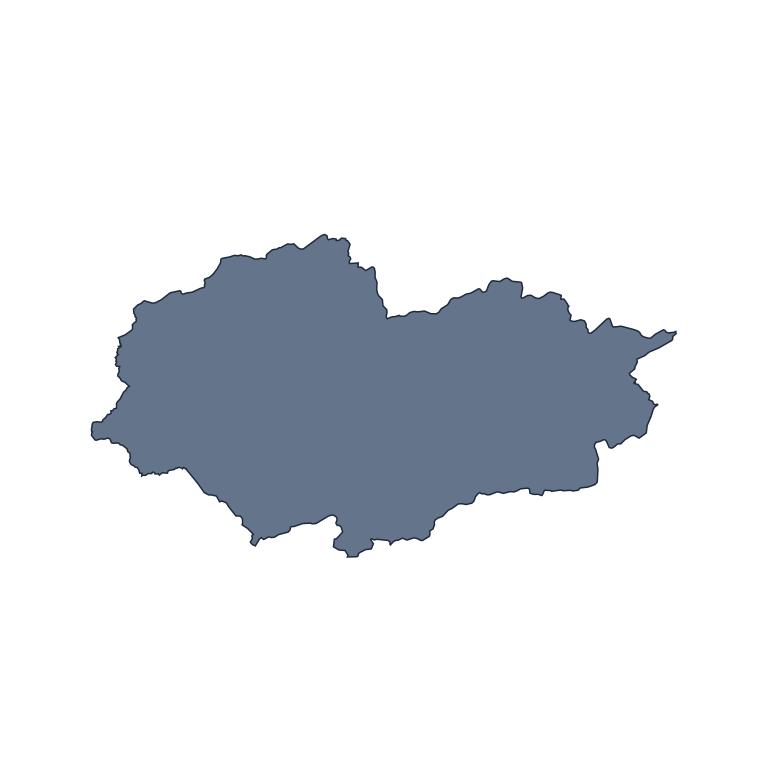 Sa Thay, Kon Tum, Vietnam (Robinson projection), rotated 239°
{"feature_id": "81297802B78907971348627", "entity_name": "Sa Thay", "entity_type": "district", "adm_level": 2, "iso_a3": "VNM", "parent_name": "Vietnam", "parent_adm1": "Kon Tum", "projection": "robinson", "projection_center": [107.651, 14.266], "detail": "fine", "context": "isolated", "style": "filled", "palette": "slate", "viewbox_px": 768, "rotation_deg": 239, "n_neighbors": 0, "source": "geoboundaries", "source_scale": "gbopen_adm2", "svg_char_len": 6171}
<svg xmlns="http://www.w3.org/2000/svg" viewBox="0 0 768 768"><g transform="rotate(239 384 384)"><path d="M551.5,376.3L553.7,373.5L554.0,365.6L554.8,364.4L554.8,361.5L556.3,358.3L556.5,356.7L555.5,350.5L554.9,349.4L552.5,348.0L552.2,347.0L555.1,343.4L555.8,340.9L557.6,337.6L562.4,334.3L565.8,330.6L566.2,329.2L568.4,327.9L569.0,325.1L571.3,322.0L572.5,316.9L575.0,310.2L575.0,308.6L571.9,306.1L568.6,300.3L566.2,294.2L565.3,289.2L566.3,284.3L565.2,283.2L562.6,282.8L561.7,281.3L559.9,280.4L559.5,279.2L560.5,276.2L561.5,266.8L563.7,261.7L564.5,257.8L566.4,257.0L568.2,257.6L569.1,257.1L572.3,247.7L570.9,236.6L571.4,229.8L572.6,227.1L578.7,221.5L578.8,220.0L578.1,217.3L578.6,213.7L577.2,207.9L573.3,206.0L571.3,206.1L569.9,205.3L568.1,205.9L567.1,204.7L565.5,204.2L564.5,198.9L560.9,197.0L560.2,196.0L559.4,187.6L560.6,180.0L558.4,180.2L555.3,178.7L554.4,179.1L553.1,177.8L552.4,178.5L551.6,178.0L551.4,177.4L552.7,175.9L551.5,176.0L551.4,173.8L550.1,173.2L548.7,171.3L547.8,171.5L547.0,170.7L546.0,171.3L545.1,167.2L543.2,167.5L541.6,165.9L540.5,166.3L539.1,163.9L537.0,163.9L535.1,166.5L533.7,164.5L531.3,163.7L529.2,160.7L527.8,159.9L525.8,160.7L521.9,160.6L518.8,162.8L513.1,164.5L513.2,162.0L511.7,159.7L511.1,156.5L507.1,150.0L505.9,146.0L504.9,144.6L501.0,142.2L501.8,139.4L500.8,137.7L501.7,136.1L499.5,135.0L499.4,133.1L500.2,131.5L498.7,128.3L498.1,124.7L497.1,123.6L496.9,122.6L497.4,121.1L499.3,118.9L500.9,115.1L500.1,113.5L495.5,109.7L494.2,109.1L493.1,109.5L492.7,108.5L490.6,106.8L484.8,107.5L484.0,108.4L482.6,113.9L481.8,114.2L480.7,116.0L479.9,119.5L478.0,120.8L474.0,120.1L472.6,121.5L470.1,126.2L467.8,126.5L465.9,128.5L460.6,130.4L458.0,129.5L455.9,130.5L453.8,129.9L452.8,129.0L451.5,128.8L449.8,126.6L448.0,125.7L445.2,125.8L442.8,127.4L441.2,127.7L439.6,129.3L437.3,129.7L433.3,128.6L432.2,130.5L429.9,128.9L430.0,130.2L428.5,132.6L428.7,135.6L426.8,138.9L427.6,139.6L427.4,140.8L426.4,141.6L425.0,141.3L423.1,144.3L421.6,144.5L422.1,148.1L419.1,152.5L420.2,153.5L420.7,154.8L418.7,160.4L419.2,162.1L418.4,163.0L418.4,165.0L415.8,167.8L415.1,167.6L415.6,169.5L413.3,170.2L413.0,171.0L411.8,170.7L394.5,173.2L383.5,174.0L379.2,176.6L378.0,178.7L374.2,182.7L367.7,182.4L367.1,184.9L363.3,187.6L358.1,187.7L347.0,189.2L346.6,190.3L344.4,193.0L341.4,193.2L337.7,191.3L336.4,189.8L330.4,192.7L322.4,194.6L322.3,193.0L321.5,192.2L319.5,191.9L317.3,187.9L314.1,188.5L311.5,190.3L315.2,197.3L315.5,199.8L312.7,200.8L312.4,206.5L310.5,208.2L309.1,211.2L309.2,216.1L306.4,225.7L307.4,228.5L309.2,229.9L309.5,231.0L308.2,233.5L306.2,242.6L302.6,249.3L301.2,250.3L299.4,253.8L299.4,268.7L298.2,272.6L295.8,274.2L293.8,274.7L292.1,274.0L289.3,271.0L286.9,271.1L285.8,272.8L283.4,273.6L278.4,272.3L276.1,264.6L275.9,263.3L276.6,261.6L270.5,256.8L264.8,260.0L261.4,264.8L255.9,265.0L254.6,263.5L249.8,272.1L250.1,273.3L251.8,274.9L252.0,276.7L251.5,282.9L249.2,288.2L252.6,292.7L256.8,292.3L257.6,292.6L257.8,293.4L255.3,295.5L254.4,298.2L247.7,307.0L245.2,307.8L243.7,306.6L242.8,306.6L244.1,311.2L243.8,313.9L242.8,315.5L242.3,320.5L238.4,323.3L236.7,330.6L233.6,333.5L231.3,334.6L230.0,336.4L230.1,344.2L231.2,345.8L234.4,347.5L234.6,351.5L237.5,354.9L239.8,355.9L241.1,357.9L241.3,361.1L240.4,366.1L242.7,374.0L242.3,378.7L243.0,385.8L241.2,389.2L238.3,392.5L236.6,398.0L237.3,400.8L240.2,404.3L241.6,408.1L241.6,410.1L239.5,411.2L238.5,413.2L235.8,415.4L234.6,417.7L233.3,425.3L232.4,426.6L228.8,429.9L226.7,436.9L224.5,439.9L223.9,443.3L223.8,447.2L220.6,453.7L219.1,454.6L215.1,452.9L212.2,455.6L210.0,459.4L207.2,461.7L207.3,462.6L210.3,466.8L207.0,471.8L205.7,472.3L202.2,480.7L200.2,482.7L196.8,489.2L195.0,490.8L192.9,495.8L193.8,498.6L190.6,505.8L189.2,512.7L189.8,515.7L190.7,516.7L201.0,523.6L206.2,525.7L209.0,529.2L218.9,531.7L221.4,531.8L223.6,533.2L224.7,535.7L223.4,540.1L223.1,543.6L222.3,544.8L220.1,545.2L213.5,544.3L211.6,546.4L211.6,549.4L212.3,553.1L210.8,556.3L212.2,561.9L212.3,569.1L211.3,571.8L206.2,574.8L207.0,583.6L213.0,588.3L218.4,595.9L223.6,601.7L224.8,603.9L225.2,607.9L226.1,607.7L226.6,605.7L228.0,604.9L230.9,605.2L234.2,602.9L236.4,605.4L239.0,606.1L240.4,605.1L241.2,605.4L242.3,605.0L243.4,603.3L244.7,602.6L252.6,601.6L255.6,598.8L256.2,598.8L256.0,600.3L257.1,600.7L258.1,602.7L262.2,600.2L265.5,599.4L266.7,599.8L267.8,606.7L269.5,608.1L272.2,612.3L275.0,613.5L274.0,622.0L274.8,628.0L273.4,638.1L273.1,653.1L273.7,654.4L276.0,656.1L276.7,660.3L278.8,661.2L278.9,659.4L281.2,654.4L283.0,652.6L285.5,652.4L286.6,651.3L286.9,642.5L286.0,636.2L286.9,634.4L290.3,631.2L293.0,629.6L296.5,629.7L299.1,628.6L302.2,626.0L311.4,617.0L314.7,609.9L316.5,609.7L323.4,611.2L324.5,610.6L324.9,608.3L321.5,592.8L321.0,587.3L321.9,586.1L323.4,585.6L325.5,586.8L328.4,586.5L331.6,588.2L334.9,588.3L337.7,585.8L339.5,579.4L341.9,576.6L342.9,576.2L346.6,579.8L349.4,579.3L352.3,579.6L354.5,580.7L355.6,582.6L356.7,582.0L357.6,582.5L363.7,582.1L364.6,581.5L365.2,579.6L365.9,579.2L368.4,581.5L369.1,581.4L375.9,575.4L377.3,573.5L377.6,570.9L377.0,565.9L377.4,560.9L379.6,558.3L384.5,555.6L385.9,552.6L386.2,547.4L386.7,546.3L388.3,546.5L395.0,552.4L400.0,554.1L401.1,553.4L406.0,546.8L410.6,544.7L411.7,543.4L412.2,540.7L412.2,536.0L416.3,530.7L416.8,528.9L415.1,525.0L411.1,519.9L410.9,518.0L412.0,515.7L415.7,515.2L416.9,514.2L417.2,505.2L418.7,500.9L419.0,494.1L419.7,491.4L421.8,488.4L422.2,486.6L421.9,484.4L419.2,479.5L419.0,471.7L417.3,468.1L417.2,465.0L420.2,460.3L425.6,456.4L428.5,450.0L430.7,447.2L431.9,443.0L431.3,438.9L431.5,436.6L433.8,432.7L435.1,432.3L435.9,428.6L437.5,425.4L438.3,420.3L440.5,420.5L443.9,423.5L446.3,424.6L451.6,423.4L457.2,426.1L462.6,424.9L464.6,425.0L468.6,426.3L474.8,430.4L479.9,431.2L484.6,434.1L488.0,435.3L489.6,435.1L490.6,433.8L490.6,426.8L495.6,424.9L497.7,421.9L501.0,424.3L505.0,416.5L506.9,417.2L508.2,419.7L509.0,420.1L510.8,420.2L512.3,419.4L514.6,421.3L515.9,421.1L521.3,426.9L525.6,426.5L526.7,425.5L528.4,426.0L531.0,422.5L530.3,419.8L531.3,417.3L531.8,417.0L532.8,417.6L534.9,415.4L536.3,410.7L537.2,410.4L540.6,411.5L542.7,410.1L543.3,407.9L543.3,404.8L541.3,384.7L542.3,382.3L544.6,380.6L550.6,378.9L551.5,376.3Z" fill="#64748b" stroke="#1e293b" stroke-width="1.5"/></g></svg>